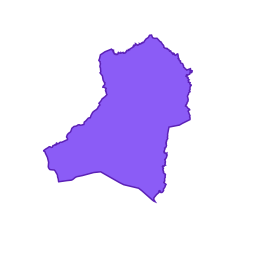 Duc Co, Gia Lai, Vietnam (orthographic projection), rotated 316°
{"feature_id": "81297802B6947069841891", "entity_name": "Duc Co", "entity_type": "district", "adm_level": 2, "iso_a3": "VNM", "parent_name": "Vietnam", "parent_adm1": "Gia Lai", "projection": "orthographic", "projection_center": [107.696, 13.77], "detail": "fine", "context": "isolated", "style": "filled", "palette": "violet", "viewbox_px": 256, "rotation_deg": 316, "n_neighbors": 0, "source": "geoboundaries", "source_scale": "gbopen_adm2", "svg_char_len": 5796}
<svg xmlns="http://www.w3.org/2000/svg" viewBox="0 0 256 256"><g transform="rotate(316 128 128)"><path d="M211.5,89.2L211.4,88.6L211.1,88.0L211.2,84.5L211.2,83.6L209.3,81.9L208.6,80.6L208.5,79.8L209.5,77.5L208.0,76.3L207.6,76.3L206.0,76.9L204.5,76.9L203.5,76.6L202.7,76.5L200.3,76.9L199.1,77.3L198.6,77.1L198.2,76.7L197.9,77.0L197.5,76.7L197.0,76.7L196.8,76.2L196.6,76.2L196.3,76.5L195.4,76.2L195.0,75.5L194.9,75.9L194.7,75.9L194.1,75.5L193.2,75.5L192.7,75.0L192.2,74.9L192.3,74.3L192.1,73.0L191.8,73.0L191.8,72.7L191.4,73.1L190.7,73.0L190.8,73.4L190.2,73.2L189.9,72.7L189.6,73.1L189.1,72.7L188.7,72.7L188.4,73.0L188.6,73.4L188.4,73.5L187.7,73.1L186.8,73.1L184.8,72.6L183.9,72.5L183.5,72.8L183.2,72.6L182.9,72.4L182.8,72.1L182.4,72.5L182.1,72.5L181.3,71.5L180.7,71.5L180.5,71.8L180.1,71.7L179.8,71.9L179.5,71.8L179.3,72.0L178.6,71.8L178.4,72.0L178.1,71.8L177.6,71.9L177.3,71.5L176.8,71.2L177.0,70.2L175.8,69.8L175.2,69.3L175.1,69.2L175.2,68.8L174.6,69.0L174.4,68.9L174.1,68.2L173.5,67.8L173.7,67.0L173.6,66.9L173.2,67.0L172.9,67.6L172.0,67.7L171.5,67.2L171.1,67.4L170.8,66.8L170.4,66.8L170.4,66.0L169.8,65.6L169.7,65.0L170.1,64.8L170.0,64.4L170.3,63.8L170.1,63.5L170.4,62.9L170.8,62.8L170.7,62.5L170.9,62.4L170.6,62.1L170.7,61.9L171.2,61.8L171.0,61.6L171.2,61.2L170.8,61.0L170.9,59.8L164.5,57.2L159.0,56.2L155.6,58.4L154.1,59.0L153.9,59.4L154.0,61.0L153.2,61.7L152.8,62.7L151.0,63.8L150.5,64.3L150.2,64.7L149.9,65.7L149.0,66.7L147.5,68.6L147.2,68.8L146.2,68.9L145.8,72.7L143.4,76.2L142.7,78.5L142.8,79.5L141.9,79.9L141.8,80.4L141.4,80.6L139.5,80.7L138.3,81.1L138.2,81.3L138.4,81.5L139.0,82.1L139.4,82.6L139.3,83.4L139.7,84.0L139.8,84.3L138.0,85.2L138.0,85.7L137.8,86.1L137.2,86.4L137.3,87.1L136.5,88.0L136.0,89.4L133.1,89.5L131.9,89.3L131.0,89.4L130.4,89.1L130.0,89.0L127.1,89.8L124.3,90.0L124.1,90.2L124.1,91.3L123.7,91.9L123.4,92.1L121.9,91.9L119.9,92.7L118.3,92.8L115.5,92.3L113.5,92.2L110.1,93.3L108.0,94.4L107.0,93.6L106.0,93.3L102.8,93.6L100.5,93.4L99.9,94.0L98.6,94.8L98.0,94.3L96.8,93.8L96.1,93.1L95.5,92.8L95.2,91.8L94.3,91.1L92.5,90.8L91.4,90.2L90.3,89.4L87.7,89.2L87.2,89.3L85.2,90.4L83.8,90.8L82.7,90.8L82.2,90.6L81.3,90.5L79.6,90.7L77.6,91.7L77.4,92.1L77.3,93.3L76.7,94.1L76.4,94.3L70.3,92.2L69.8,91.5L68.8,91.0L68.5,90.9L68.1,91.1L67.7,91.2L66.6,90.5L66.1,90.4L66.0,90.2L66.3,89.7L66.2,89.2L65.9,89.2L65.2,90.0L64.8,90.2L64.1,89.9L64.1,89.3L62.6,89.1L62.0,88.6L61.5,88.6L60.8,89.1L60.3,89.2L59.2,88.6L59.0,87.6L58.4,86.8L58.1,86.7L56.9,86.6L53.9,85.9L51.7,85.7L51.5,85.9L51.4,86.3L51.7,87.1L51.6,88.0L51.2,88.4L49.6,93.2L47.1,97.5L43.8,100.4L43.2,101.4L42.9,103.2L43.0,103.7L43.5,104.4L45.6,106.8L45.8,107.2L45.8,108.0L44.9,111.7L44.5,112.9L43.3,114.4L42.5,116.1L40.8,118.4L40.8,118.6L41.3,118.9L47.5,123.4L50.8,126.0L51.6,126.4L52.8,126.7L55.6,126.9L56.4,127.1L57.4,127.5L62.1,130.5L72.4,136.2L77.9,140.5L84.0,161.4L85.6,165.9L93.8,178.7L94.4,182.9L95.5,196.9L95.8,198.6L96.3,199.8L96.4,199.2L96.6,198.8L96.8,197.4L98.2,196.2L102.3,195.7L105.7,195.9L106.2,195.0L106.7,194.8L107.2,195.0L107.4,195.4L107.2,195.8L106.8,196.5L106.8,197.2L107.3,197.7L107.8,198.0L108.9,198.0L110.2,197.7L111.1,196.5L112.2,196.4L113.9,196.0L115.0,195.1L116.0,195.2L116.2,194.7L115.9,193.1L115.9,192.1L116.2,191.9L117.0,192.0L117.4,191.5L118.0,191.3L118.4,190.6L119.0,190.2L119.3,189.7L120.6,189.3L121.4,188.2L122.4,187.7L122.7,187.3L122.7,186.8L122.4,185.9L122.6,185.4L122.5,184.7L123.5,183.9L123.5,183.0L124.1,182.7L124.4,181.8L124.7,181.7L125.2,181.8L125.4,181.7L125.8,179.9L125.9,179.7L126.9,179.5L127.1,179.7L127.0,180.2L127.1,180.5L128.2,180.4L129.1,180.7L129.0,180.0L130.7,179.0L130.8,178.4L131.4,178.3L131.7,178.0L132.5,176.3L133.1,176.5L133.7,176.0L134.6,176.1L136.2,175.3L136.7,174.6L137.3,174.7L137.5,174.4L137.5,173.4L138.4,173.2L138.6,173.0L137.8,172.8L137.3,172.3L137.5,171.2L137.0,171.3L136.9,171.2L137.2,170.7L137.2,170.1L140.1,168.7L140.3,168.0L140.8,168.2L141.3,167.9L141.7,168.2L143.5,167.4L144.2,166.3L144.3,165.7L145.0,165.6L145.4,164.6L146.2,164.6L146.7,163.9L147.4,163.8L148.0,163.4L149.1,163.3L149.6,162.7L149.8,162.1L151.0,161.3L152.1,160.0L158.1,155.8L167.0,161.6L170.2,162.4L178.4,165.0L179.7,163.8L180.0,162.8L181.1,162.3L182.1,159.6L182.7,158.7L182.8,157.9L183.5,157.4L184.5,157.6L185.0,157.8L185.1,157.7L185.2,156.8L184.8,155.4L185.1,154.2L184.9,152.7L184.6,152.2L185.4,151.6L186.2,151.9L187.0,151.3L187.7,151.2L188.2,150.6L189.1,150.6L189.7,150.4L191.0,149.4L191.8,148.2L192.8,146.4L193.9,145.9L195.1,145.7L195.6,145.2L196.3,144.8L196.8,144.8L197.8,145.0L198.0,144.7L198.4,143.5L199.6,143.3L200.3,142.3L201.4,141.5L202.3,141.3L203.0,141.3L203.2,141.1L203.3,140.9L202.9,140.7L202.7,140.5L203.1,139.9L203.1,139.1L203.3,138.9L204.2,138.5L203.3,137.1L204.2,136.5L204.1,135.9L204.2,135.7L205.4,135.7L205.2,135.1L205.6,134.4L205.5,133.3L205.7,133.2L206.2,133.2L205.9,132.6L206.1,132.1L206.1,131.8L205.7,131.1L206.8,130.5L207.4,130.5L207.6,130.8L207.6,131.5L208.2,131.5L209.8,132.1L211.1,131.2L211.6,131.2L211.8,131.4L211.3,131.8L212.3,132.3L213.0,132.1L213.9,131.5L213.5,130.6L212.5,129.8L213.8,129.1L214.1,128.7L210.5,127.1L210.6,126.3L210.3,125.3L210.5,124.0L210.3,123.2L210.3,122.8L211.1,121.9L211.9,119.8L211.7,118.9L211.1,118.0L211.1,117.7L211.2,117.4L212.3,116.3L212.3,116.1L211.8,115.6L212.1,114.5L212.7,113.8L212.3,113.2L212.3,112.8L213.2,112.4L213.5,112.0L213.8,111.2L214.6,110.5L215.2,109.2L214.8,108.9L213.2,108.8L212.5,108.6L212.4,108.1L212.8,106.7L211.8,106.6L211.5,106.3L211.6,106.1L212.5,105.5L212.4,105.3L211.7,104.9L211.9,103.7L211.8,102.6L212.2,102.1L212.0,101.9L211.5,101.8L211.3,101.7L211.4,101.1L211.7,100.4L211.8,99.9L211.3,99.1L211.5,98.1L211.3,97.8L210.9,97.8L210.7,97.6L210.7,96.9L210.1,96.4L209.8,94.8L209.9,94.7L210.4,94.4L210.9,93.3L211.0,92.8L210.9,91.9L211.3,90.1L211.2,89.5L211.5,89.2Z" fill="#8b5cf6" stroke="#5b21b6" stroke-width="1.5"/></g></svg>